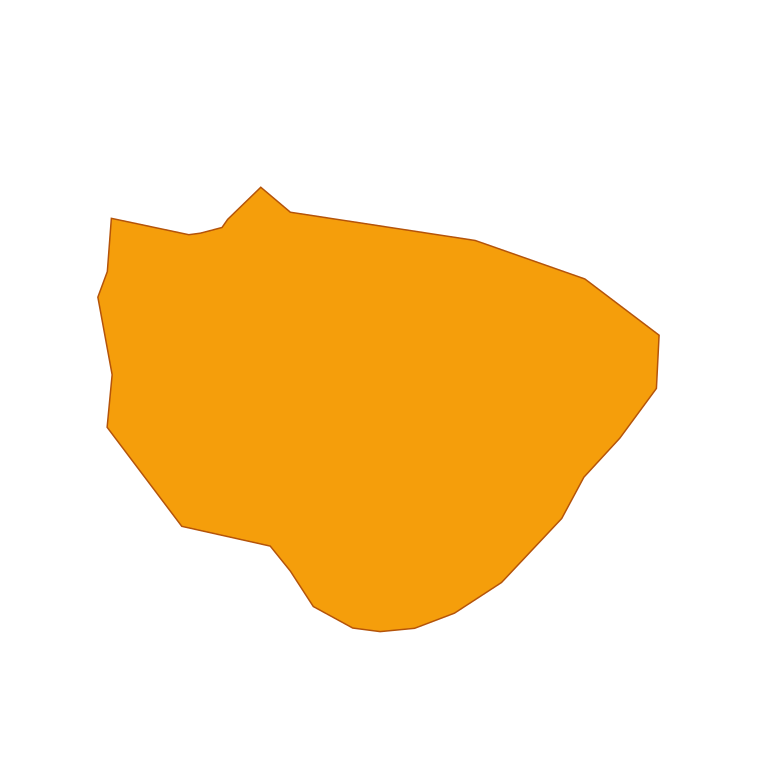 map outline of Vipava (Equal Earth projection), rotated 162°
{"feature_id": "SVN-1035", "entity_name": "Vipava", "entity_type": "Municipality", "adm_level": 1, "iso_a3": "SVN", "parent_name": "Slovenia", "parent_adm1": "", "projection": "equal_earth", "projection_center": [13.989, 45.819], "detail": "fine", "context": "isolated", "style": "filled", "palette": "amber", "viewbox_px": 768, "rotation_deg": 162, "n_neighbors": 0, "source": "natural_earth", "source_scale": "10m", "svg_char_len": 507}
<svg xmlns="http://www.w3.org/2000/svg" viewBox="0 0 768 768"><g transform="rotate(162 384 384)"><path d="M620.3,311.1L660.7,428.4L639.7,476.8L629.3,555.0L612.4,576.4L592.1,625.8L523.5,586.3L512.1,584.2L489.7,582.9L481.8,588.9L440.4,609.2L420.0,576.3L252.9,492.3L160.5,421.8L107.3,345.4L126.3,295.6L176.5,259.6L222.7,233.6L256.5,201.2L333.6,158.9L387.7,144.3L430.4,142.2L464.2,149.7L489.2,161.6L520.0,194.2L530.9,235.1L542.3,265.0L620.3,311.1Z" fill="#f59e0b" stroke="#b45309" stroke-width="1.5"/></g></svg>